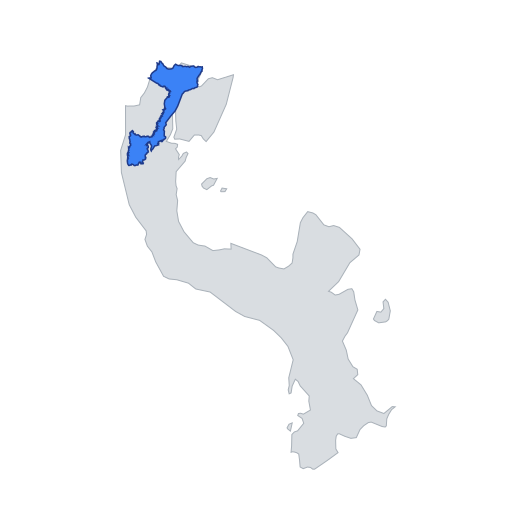 Pinogana, Darién, Panama shown in context, rotated 234°
{"feature_id": "35544464B85836861885504", "entity_name": "Pinogana", "entity_type": "district", "adm_level": 2, "iso_a3": "PAN", "parent_name": "Panama", "parent_adm1": "Darién", "projection": "albers", "projection_center": [-77.802, 8.304], "detail": "fine", "context": "in_parent", "style": "filled", "palette": "blue", "viewbox_px": 512, "rotation_deg": 234, "n_neighbors": 0, "source": "geoboundaries", "source_scale": "gbopen_adm2", "svg_char_len": 9030}
<svg xmlns="http://www.w3.org/2000/svg" viewBox="0 0 512 512"><g transform="rotate(234 256 256)"><path d="M454.3,238.8L453.0,239.9L448.9,245.7L446.7,250.7L451.9,255.9L453.5,261.5L456.5,267.5L461.1,273.6L466.2,284.9L467.4,289.4L466.0,292.4L461.1,294.2L456.5,299.5L455.2,305.9L456.1,309.1L442.4,319.4L438.9,321.1L436.5,319.6L433.6,314.4L430.1,310.2L428.2,308.8L427.2,308.7L426.1,309.7L425.6,311.9L427.4,321.6L425.9,325.5L421.2,328.5L415.9,344.3L413.8,342.3L396.2,321.1L381.0,294.8L377.9,282.9L381.8,282.2L385.6,282.5L387.7,280.6L390.1,277.2L388.1,269.2L395.5,263.1L398.3,258.9L400.4,259.4L405.2,266.4L412.2,270.4L420.8,276.3L426.2,277.6L419.4,271.5L407.8,263.4L404.5,258.1L401.4,250.8L396.9,253.9L394.8,256.6L392.4,258.2L390.4,256.3L390.0,253.9L383.1,253.5L381.4,251.3L379.6,250.1L380.4,254.7L381.7,257.5L381.0,260.9L378.8,261.2L376.9,257.6L374.4,254.4L371.2,241.0L363.4,234.7L359.8,232.6L356.9,231.8L352.6,227.5L346.9,225.2L339.1,218.5L329.5,213.7L317.9,212.0L303.7,213.0L298.9,215.6L295.6,218.9L294.1,220.5L285.7,224.3L282.5,229.9L280.4,234.6L276.2,239.9L281.0,243.1L253.5,261.1L248.1,263.7L235.7,265.5L232.9,267.4L229.1,271.0L228.6,276.5L229.1,281.1L232.7,284.7L235.8,287.0L243.4,297.8L256.9,311.5L259.4,316.5L261.5,323.9L257.4,327.3L254.2,328.7L241.3,329.2L236.8,332.2L235.0,336.7L230.1,340.3L213.4,343.8L200.3,344.1L196.3,339.9L195.4,328.0L186.7,307.8L184.8,293.9L182.5,295.6L177.9,297.1L176.2,300.6L175.0,310.8L173.2,314.3L169.6,314.0L162.3,310.2L152.5,306.7L140.1,284.9L138.8,280.8L136.4,275.9L126.8,273.7L118.5,270.0L109.5,269.3L104.9,271.3L100.2,268.6L99.5,262.7L90.0,265.2L77.9,264.2L67.1,261.5L59.6,262.8L53.4,266.9L54.1,277.7L52.2,279.9L52.0,275.4L49.9,270.3L47.4,266.1L42.0,261.6L41.7,260.0L43.9,257.8L53.9,251.6L55.2,249.0L55.4,243.5L54.5,238.2L50.1,230.4L52.7,225.6L57.9,221.9L63.2,218.9L64.1,217.6L63.1,215.0L60.1,212.1L53.0,207.2L48.7,206.8L48.7,192.9L49.1,178.1L50.2,176.6L52.9,175.8L55.0,173.6L56.2,169.2L59.4,167.7L65.0,171.1L70.7,174.2L73.1,173.2L74.9,171.8L76.2,170.4L76.6,169.0L81.2,173.0L90.5,180.1L91.1,183.6L90.1,186.9L92.6,196.3L97.5,197.8L102.4,196.0L103.6,197.7L102.7,199.5L100.2,201.4L99.4,209.5L107.5,213.4L111.5,216.8L124.9,215.4L129.8,216.3L133.2,215.4L129.5,208.8L124.6,203.9L125.0,201.8L128.8,203.4L131.6,206.7L138.2,210.9L150.2,225.1L164.1,228.7L175.1,228.3L185.4,226.5L201.8,221.1L213.7,211.3L223.1,206.9L253.8,197.7L264.7,187.9L269.3,186.6L273.7,185.4L283.3,178.0L288.5,172.2L293.9,169.3L310.1,171.4L320.5,174.2L327.8,173.9L334.7,175.9L337.7,180.1L340.9,181.9L358.0,181.5L372.0,183.6L402.7,196.2L421.0,208.6L430.8,221.8L454.3,238.8ZM144.9,335.3L140.9,335.7L132.7,332.4L126.8,326.3L126.4,324.3L126.5,322.2L129.8,316.0L134.2,313.9L136.0,314.0L140.1,321.2L137.2,324.0L138.3,328.5L144.2,331.8L144.9,335.3ZM343.1,267.1L341.6,270.2L338.2,263.2L338.8,261.4L338.6,255.2L341.8,253.5L344.2,253.4L346.2,254.3L347.4,261.7L346.4,265.0L343.1,267.1ZM100.5,183.8L99.7,187.2L94.1,180.9L97.5,180.0L98.7,180.1L100.5,183.8ZM330.9,268.5L327.6,271.8L326.3,268.7L328.6,265.5L329.4,265.5L330.9,268.5Z" fill="#d9dde1" stroke="#a8b0b8" stroke-width="1"/><path d="M430.0,229.8L430.1,228.6L429.8,228.3L429.9,227.6L429.6,227.3L429.9,226.7L428.9,225.7L428.0,225.8L427.1,225.3L426.9,224.7L427.2,224.1L427.1,223.6L426.8,223.6L426.2,222.9L425.5,222.7L425.3,222.4L424.7,222.5L423.2,221.6L422.7,221.5L422.3,221.2L422.3,220.9L421.5,220.2L420.3,220.5L419.8,219.9L419.5,219.8L419.6,219.6L419.5,219.4L419.2,219.4L418.7,217.9L418.4,217.8L418.4,217.5L418.0,217.1L418.1,216.7L418.4,216.9L418.9,216.8L416.7,215.4L416.4,215.0L416.2,215.1L415.8,214.2L415.3,213.8L415.0,213.7L414.5,213.9L414.4,213.5L414.9,212.9L414.7,212.4L414.2,212.1L413.7,212.3L413.8,211.8L412.5,211.9L412.7,211.7L412.8,211.1L410.9,210.4L411.1,210.1L410.9,209.9L410.7,209.7L410.3,209.9L410.3,209.6L409.9,209.5L409.6,209.2L409.7,208.8L409.2,208.6L409.0,208.1L408.2,207.5L407.7,207.5L407.0,206.8L405.5,206.3L404.6,206.4L404.2,206.2L403.9,206.4L403.4,207.6L403.5,208.1L402.9,208.7L403.4,209.4L402.7,210.1L401.9,210.5L400.9,210.6L400.2,211.2L400.0,212.7L399.5,213.1L399.0,214.0L399.9,215.2L399.9,215.8L400.5,216.4L400.5,216.7L400.2,216.8L400.3,217.1L399.7,217.8L399.1,217.8L398.9,217.3L398.2,217.1L397.0,218.9L397.4,219.5L398.2,219.3L399.3,219.8L399.7,220.8L400.1,221.0L399.3,222.4L399.4,223.7L399.6,224.0L400.4,224.0L400.5,224.8L401.9,225.0L402.8,225.7L403.1,226.9L402.9,227.4L403.6,228.5L403.3,229.0L403.5,230.1L404.1,230.2L405.0,230.8L406.0,230.7L406.4,231.1L406.9,231.1L407.1,231.4L407.0,232.5L408.2,233.4L408.6,233.3L409.6,233.5L409.7,232.8L410.5,233.7L410.8,232.9L411.0,233.7L410.6,234.4L410.8,234.6L411.1,234.6L411.1,234.9L411.4,235.2L411.2,235.5L410.8,235.3L410.7,235.9L410.9,235.8L411.1,236.0L410.8,236.4L410.7,236.1L410.4,236.5L411.1,236.7L411.0,237.1L410.8,236.9L410.3,236.9L409.5,236.5L406.9,236.4L406.0,235.9L404.6,234.0L403.8,233.3L402.9,233.0L402.5,233.0L403.1,234.0L403.2,235.4L404.6,238.7L403.9,240.2L403.2,242.6L404.7,242.7L404.4,243.5L405.2,243.6L405.9,244.3L405.2,245.4L405.5,246.0L405.1,247.2L404.8,246.8L404.2,246.8L403.8,247.1L403.8,247.8L404.5,248.8L404.2,249.5L404.6,250.1L404.3,250.8L404.4,251.9L404.7,252.4L405.6,252.9L407.1,252.3L410.3,254.8L410.8,255.3L412.4,255.3L413.1,256.6L414.1,257.2L414.9,260.5L416.9,261.3L419.4,269.5L420.9,275.9L423.4,280.9L430.4,291.6L430.5,292.8L431.0,294.4L431.0,295.6L429.7,298.2L430.0,298.7L429.1,300.9L428.9,303.0L427.9,304.2L428.1,305.0L427.3,307.6L427.5,308.4L428.5,309.1L428.9,309.8L430.6,310.0L432.0,310.9L431.9,311.6L432.5,311.6L434.3,312.7L435.7,316.1L435.9,317.4L437.2,319.6L437.2,320.9L438.1,321.6L438.3,321.5L439.0,322.8L440.6,323.7L440.9,323.0L441.6,322.4L442.7,320.9L443.4,320.6L443.4,319.1L444.2,317.8L445.5,317.3L446.2,317.4L446.6,317.0L447.8,314.4L447.7,313.2L449.4,312.5L449.8,311.2L451.0,310.3L452.3,308.0L452.6,307.8L453.6,308.0L455.0,306.4L455.3,305.6L456.5,304.5L458.4,303.7L458.2,301.8L456.8,299.1L456.8,298.7L457.2,297.3L458.6,295.1L460.2,294.0L461.7,294.1L464.1,293.2L466.5,293.6L467.6,293.2L469.2,293.4L469.6,292.9L470.2,292.8L470.3,292.5L468.1,290.4L467.9,289.9L468.1,289.6L469.9,289.7L470.3,289.4L468.6,288.6L467.7,287.5L466.4,286.6L465.2,285.0L465.0,284.1L465.3,282.2L465.1,281.4L465.2,280.0L464.6,278.2L463.7,276.7L462.0,276.1L461.7,275.8L461.9,275.1L462.8,274.3L463.0,273.7L454.2,277.2L453.4,278.0L452.8,278.0L451.5,278.4L451.5,278.0L451.3,278.0L450.6,278.7L450.3,278.5L449.7,278.5L449.5,278.9L447.7,279.9L447.5,280.2L447.8,280.3L447.6,281.2L447.2,281.6L447.0,282.0L446.1,282.1L445.9,281.7L445.0,281.5L444.6,281.7L444.4,282.5L443.9,282.2L443.9,281.8L444.1,281.8L444.0,281.5L443.4,281.5L443.3,281.8L442.8,282.1L442.7,281.8L442.9,281.7L442.6,281.6L442.5,282.4L442.2,282.4L442.2,281.9L441.5,282.2L441.7,282.4L441.6,282.9L441.1,282.8L441.4,283.1L441.0,283.1L440.9,282.7L440.5,282.9L440.6,283.1L440.2,283.6L439.7,283.3L439.9,283.0L439.6,283.1L439.7,282.9L439.0,282.1L438.4,281.8L438.4,281.5L438.7,281.9L438.9,281.7L438.9,281.2L438.2,281.0L438.2,280.4L437.9,280.1L437.3,279.9L436.6,280.3L436.6,279.6L436.1,279.6L436.0,279.3L435.7,279.3L435.7,278.7L436.6,278.4L436.7,278.2L436.1,278.2L436.4,277.4L435.6,273.8L433.1,271.3L429.6,269.5L429.1,269.6L428.2,269.4L428.1,268.5L428.6,268.7L429.2,268.6L428.9,268.2L428.5,268.3L428.5,267.6L429.0,266.6L427.4,266.6L426.9,266.1L427.0,265.3L426.4,265.4L426.6,264.8L426.1,264.3L426.0,264.8L425.6,264.5L425.8,263.9L426.5,264.2L426.5,263.6L426.1,263.7L425.2,263.3L425.2,262.2L425.5,261.9L425.3,261.6L424.9,261.8L424.6,261.4L424.3,261.7L424.3,261.3L423.9,260.6L424.5,260.7L424.3,260.3L424.5,260.1L423.7,259.2L424.0,259.0L424.0,258.7L423.7,258.6L423.3,258.7L422.9,257.3L422.8,258.2L422.3,258.3L421.8,257.9L422.5,257.7L422.4,257.2L421.7,257.4L421.6,256.8L422.6,256.5L422.8,256.1L422.3,255.6L422.4,255.1L422.0,254.4L421.5,254.4L421.6,254.1L421.8,254.3L422.2,254.1L422.1,253.7L421.2,253.3L420.6,253.8L420.4,252.9L420.2,253.1L419.6,252.8L419.1,253.0L419.4,252.6L418.5,252.1L418.6,251.9L419.0,252.0L419.1,251.3L418.9,250.8L418.4,250.8L418.4,251.1L418.1,250.9L417.4,251.3L417.6,250.8L417.2,250.9L416.8,250.6L417.2,250.3L417.0,249.8L416.6,250.0L416.6,249.5L416.5,249.4L416.1,249.7L415.6,249.2L415.8,248.8L416.0,249.1L416.6,249.2L416.2,248.9L416.1,248.4L416.5,248.5L416.6,248.2L416.9,248.3L417.1,247.8L416.6,247.8L416.3,247.4L416.6,246.5L416.4,246.3L416.5,245.9L416.3,245.8L416.3,246.2L415.6,246.5L415.5,246.3L415.8,246.0L415.4,246.3L415.2,246.1L415.2,245.9L415.5,245.9L415.4,245.4L414.7,245.3L415.0,244.9L414.7,244.8L414.8,244.5L414.3,244.2L414.8,244.1L414.7,244.0L414.7,243.3L414.0,243.0L414.0,242.8L414.2,242.5L414.1,242.2L413.8,242.1L414.2,241.7L413.9,241.5L413.9,240.9L414.4,240.3L414.5,239.6L416.0,239.4L416.0,238.9L417.0,238.4L416.9,237.7L417.3,236.8L417.7,236.3L418.3,236.1L418.2,236.0L418.3,235.7L418.6,235.6L418.6,235.3L419.3,235.0L419.3,234.2L419.7,233.6L419.6,233.1L419.9,232.8L420.2,232.9L420.8,232.4L421.5,232.4L421.7,232.6L422.4,232.1L423.2,232.0L423.6,231.5L423.9,230.6L425.2,229.6L425.8,229.9L425.8,229.5L426.9,229.2L427.3,229.3L427.8,229.0L428.5,229.3L428.8,229.9L429.3,229.7L430.0,229.8Z" fill="#3b82f6" stroke="#1e3a8a" stroke-width="1.5"/></g></svg>